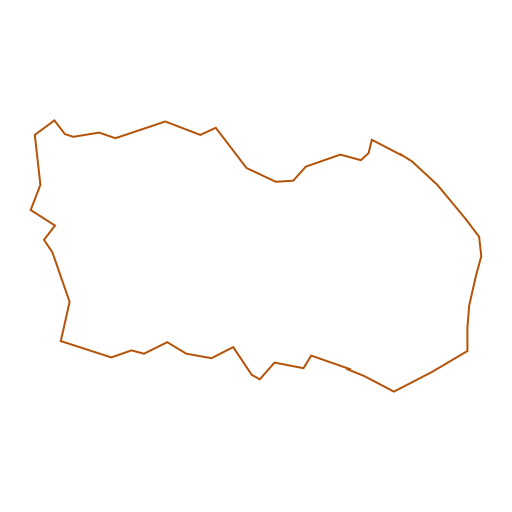 SVG path tracing the border of Mid Ulster
{"feature_id": "GBR-2091", "entity_name": "Mid Ulster", "entity_type": "Province", "adm_level": 1, "iso_a3": "GBR", "parent_name": "United Kingdom", "parent_adm1": "", "projection": "mercator", "projection_center": [-6.696, 54.64], "detail": "fine", "context": "isolated", "style": "outline", "palette": "amber", "viewbox_px": 512, "rotation_deg": 0, "n_neighbors": 0, "source": "natural_earth", "source_scale": "10m", "svg_char_len": 799}
<svg xmlns="http://www.w3.org/2000/svg" viewBox="0 0 512 512"><path d="M111.3,357.4L60.8,341.1L69.6,301.8L52.4,252.4L44.0,239.8L55.0,225.6L30.7,210.0L40.4,184.8L34.8,134.9L54.4,120.4L64.9,134.1L73.3,136.8L99.1,132.6L115.4,138.2L165.3,121.5L200.3,134.9L215.8,127.8L246.5,168.0L275.8,181.8L293.2,180.7L305.9,166.6L340.3,154.6L360.9,160.2L368.6,153.1L371.8,139.8L399.5,154.2L400.5,154.8L400.6,154.3L412.0,161.4L418.9,167.8L437.3,184.8L466.0,219.4L479.1,236.8L481.3,256.3L476.1,275.1L469.1,306.0L467.4,327.8L467.4,351.1L466.6,351.5L431.7,372.1L396.4,390.3L393.8,391.6L363.7,375.8L348.0,369.5L349.3,368.9L311.2,355.6L303.5,368.2L274.5,362.6L259.8,379.3L251.7,374.8L233.2,347.1L211.5,358.2L186.3,353.7L167.2,342.2L144.0,353.7L131.5,350.4L111.3,357.4Z" fill="none" stroke="#b45309" stroke-width="2"/></svg>